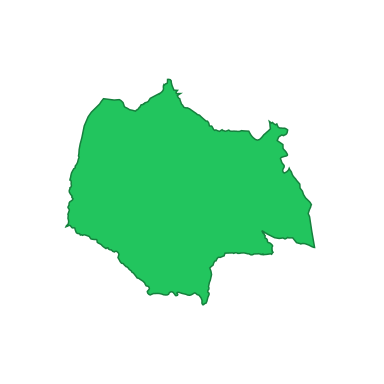 Juárez Hidalgo, Hidalgo, Mexico, rotated 132°
{"feature_id": "50627088B76146080244750", "entity_name": "Juárez Hidalgo", "entity_type": "district", "adm_level": 2, "iso_a3": "MEX", "parent_name": "Mexico", "parent_adm1": "Hidalgo", "projection": "mercator", "projection_center": [-98.833, 20.836], "detail": "fine", "context": "isolated", "style": "filled", "palette": "green", "viewbox_px": 384, "rotation_deg": 132, "n_neighbors": 0, "source": "geoboundaries", "source_scale": "gbopen_adm2", "svg_char_len": 6059}
<svg xmlns="http://www.w3.org/2000/svg" viewBox="0 0 384 384"><g transform="rotate(132 192 192)"><path d="M301.2,261.9L299.1,261.0L298.7,260.5L298.4,259.9L298.7,258.2L298.8,257.3L298.6,256.7L298.2,256.4L297.4,255.5L297.2,254.9L298.1,253.7L298.8,252.4L299.6,250.8L299.6,250.2L299.2,248.9L298.3,247.8L298.3,247.2L298.7,246.3L298.5,245.9L297.8,245.6L297.4,244.3L296.7,244.0L296.1,243.6L295.6,243.1L294.0,239.2L293.8,238.5L294.5,235.9L294.0,234.8L293.5,234.0L292.6,232.7L291.4,231.4L291.2,231.0L291.6,230.1L292.7,228.9L292.7,228.7L292.7,227.7L292.1,225.7L291.8,224.1L292.0,222.8L292.0,221.2L291.6,218.1L290.9,218.1L290.6,217.7L289.9,217.4L289.7,217.1L290.0,216.6L290.2,216.0L290.1,215.2L289.7,214.0L289.0,213.3L289.1,211.2L288.9,210.5L288.6,210.1L288.4,209.5L287.8,209.5L286.7,208.6L286.5,207.7L286.5,206.1L287.2,204.6L290.3,203.1L291.0,200.9L291.8,198.8L292.1,196.8L291.2,195.1L291.5,193.7L291.6,191.0L291.2,190.3L291.1,188.8L291.5,187.2L291.4,185.2L291.2,184.6L291.7,183.2L291.8,182.8L291.4,181.4L292.2,176.9L292.6,175.3L291.8,173.7L291.6,171.9L291.1,168.9L291.2,166.4L292.0,164.7L292.4,163.2L291.8,162.2L291.4,161.1L291.7,159.8L292.5,158.9L294.2,158.7L295.8,158.7L296.4,157.9L296.8,157.1L296.9,155.5L296.5,154.2L293.4,152.8L290.2,149.5L289.2,148.2L288.1,146.3L287.4,144.4L286.1,142.6L285.1,141.6L283.7,141.0L282.2,141.4L280.8,141.2L279.7,140.3L279.2,138.9L279.6,136.6L280.0,134.9L279.4,134.2L278.5,133.7L277.8,133.9L277.4,134.6L277.4,135.6L276.4,135.7L275.4,134.8L274.0,131.5L272.1,128.1L271.5,126.3L270.3,124.6L268.8,123.7L265.1,122.5L264.8,121.4L264.8,119.5L264.0,117.8L264.6,114.6L265.9,112.0L268.0,110.2L268.6,108.7L268.3,108.2L267.5,107.9L266.9,108.2L265.3,107.2L263.5,107.7L259.7,109.7L256.8,110.7L255.8,111.6L255.8,113.3L254.6,114.3L252.9,114.5L251.9,115.3L251.3,116.4L247.5,118.6L245.3,119.4L240.3,122.2L238.2,124.9L236.6,128.0L235.6,127.8L235.9,127.5L235.3,128.0L232.3,127.4L229.7,128.6L227.7,128.7L227.1,128.1L224.6,128.8L223.7,128.8L222.9,128.7L221.6,127.2L217.8,125.4L217.5,125.7L215.3,126.5L210.0,121.0L209.7,119.9L208.4,119.4L207.2,118.0L207.0,116.9L205.4,115.3L204.9,115.1L202.4,112.6L200.5,109.0L199.8,108.4L199.4,106.4L198.6,105.4L197.6,104.8L196.5,104.4L193.6,101.4L193.1,101.1L192.9,100.5L192.1,99.1L192.2,98.8L192.0,98.7L191.2,97.5L191.0,97.8L190.6,97.9L190.5,97.7L190.8,97.0L188.0,94.4L184.9,91.9L185.2,91.7L185.1,91.3L184.7,91.4L184.4,91.2L183.8,91.5L182.6,91.4L182.4,92.0L182.3,93.1L181.8,93.2L181.5,93.5L181.4,94.0L180.5,94.6L180.2,95.2L179.3,95.6L178.3,95.9L178.0,96.2L177.7,97.4L177.7,99.4L177.9,100.3L178.3,101.0L178.6,101.8L178.1,103.2L177.3,103.8L176.9,105.1L176.9,105.7L177.1,106.1L177.3,107.0L176.5,107.8L175.9,108.1L175.5,108.4L175.5,109.5L174.9,110.1L175.0,110.8L174.9,112.3L174.4,113.0L174.2,113.7L173.8,113.6L172.9,108.1L170.7,100.1L168.2,96.1L165.3,93.7L164.7,91.6L164.2,91.2L161.9,90.4L161.6,90.4L161.5,89.6L161.1,89.1L158.7,86.5L159.7,80.4L157.9,76.9L157.9,76.5L156.2,75.3L154.8,73.5L153.2,69.5L152.4,66.3L151.7,64.5L151.2,63.8L140.9,76.9L131.7,88.1L130.3,91.2L126.6,92.9L123.7,93.8L122.5,94.6L121.6,94.7L121.0,96.3L120.6,98.1L120.4,103.7L119.3,107.4L117.5,110.5L116.8,114.3L114.0,117.2L113.4,122.0L112.9,124.0L112.8,125.6L112.4,127.8L111.9,129.2L110.6,131.6L110.1,133.5L110.0,134.3L109.4,135.6L110.8,135.1L111.6,135.0L113.4,135.1L113.9,135.2L116.2,136.1L116.2,137.6L115.7,138.6L114.8,139.4L113.6,139.8L112.1,140.1L110.9,140.9L110.4,142.3L110.3,144.0L109.8,145.3L108.7,147.2L108.2,148.5L107.3,148.8L106.2,148.6L103.8,147.2L102.1,146.0L101.5,145.8L100.9,145.7L100.5,146.0L100.2,146.3L99.3,149.0L99.1,150.5L99.0,152.2L98.7,153.5L95.9,156.2L96.8,163.1L93.2,164.4L89.6,163.5L88.8,161.6L87.9,161.5L86.7,160.8L85.3,160.7L84.1,161.1L81.9,162.4L82.0,163.9L82.5,165.7L83.8,167.1L84.9,168.7L85.7,169.5L85.9,169.9L86.1,171.6L84.7,174.5L86.0,174.8L86.5,176.3L86.5,178.8L87.6,179.1L87.8,181.7L89.0,179.9L90.6,178.3L92.6,176.0L95.7,176.2L97.9,176.5L99.4,176.6L101.3,176.9L104.9,176.7L107.7,176.9L109.7,178.1L110.5,180.0L110.7,182.8L110.6,184.4L110.2,186.4L109.6,188.3L108.8,190.5L112.1,194.6L113.3,196.3L115.0,197.1L116.6,198.8L117.3,199.9L118.1,200.7L118.6,201.5L119.8,202.6L121.2,204.3L121.4,206.1L123.4,207.1L124.7,208.0L125.2,209.6L125.8,210.3L125.6,211.3L128.6,212.2L129.5,214.4L129.9,215.8L131.0,216.3L131.1,217.8L130.1,220.5L129.9,221.5L130.6,222.3L131.2,223.3L129.5,225.8L129.0,227.9L129.9,229.1L130.0,232.9L130.0,235.7L129.9,237.8L130.9,239.9L130.8,241.0L131.6,247.4L131.8,249.3L132.5,251.6L133.7,253.0L134.5,254.7L133.8,257.0L133.7,258.6L131.9,262.0L130.9,263.5L131.2,264.6L130.8,266.1L130.2,267.4L126.6,266.5L129.3,269.4L128.5,270.7L126.2,270.8L128.4,273.6L126.2,278.1L124.6,280.5L123.3,281.9L123.1,283.3L123.8,284.6L124.7,285.5L126.7,283.8L127.9,283.2L129.4,284.0L131.1,284.1L131.0,284.7L132.2,284.3L133.3,283.4L134.3,282.3L135.8,281.5L137.5,281.4L139.2,281.6L141.0,281.9L140.8,282.2L150.3,285.7L154.1,285.1L155.3,285.5L156.6,286.3L157.1,286.7L158.1,286.4L158.5,286.9L159.0,287.1L159.6,286.9L160.2,287.2L161.2,288.1L161.8,288.1L162.6,287.8L163.1,287.8L163.9,287.5L164.5,287.8L166.0,287.5L166.9,287.6L167.4,287.9L167.9,287.8L168.4,288.1L169.7,288.1L171.0,290.7L172.6,293.4L173.0,295.9L173.7,298.2L173.8,299.4L172.8,301.1L171.7,303.1L171.6,305.8L171.9,307.6L172.6,308.4L175.7,311.3L180.7,318.5L181.9,320.2L185.4,320.0L188.4,319.5L200.1,320.2L205.6,319.5L215.0,316.3L225.5,310.1L231.2,307.2L235.9,304.3L239.2,301.7L241.2,300.5L241.6,299.2L243.7,298.4L246.5,296.9L248.6,296.3L251.0,296.1L251.5,295.4L252.0,295.1L252.9,295.1L253.8,295.4L256.1,294.9L258.4,294.3L260.5,293.2L262.4,292.0L263.9,291.3L264.7,290.8L264.4,290.5L264.6,289.5L265.6,288.2L266.8,287.3L268.0,285.8L268.9,285.3L270.8,285.5L271.2,284.8L272.8,284.4L274.1,283.2L275.0,280.6L275.3,278.3L276.2,278.0L276.6,276.7L276.6,275.9L278.1,275.5L279.1,275.8L280.0,275.9L280.8,276.2L281.9,276.1L283.2,275.4L284.0,274.6L285.7,274.3L286.6,273.7L287.0,272.0L287.4,271.2L287.7,270.9L291.6,269.3L292.1,268.4L294.1,266.9L294.9,266.2L295.1,265.5L296.7,263.7L298.7,262.6L301.2,262.7L302.1,262.4L301.5,262.1L301.2,261.9Z" fill="#22c55e" stroke="#15803d" stroke-width="1.5"/></g></svg>